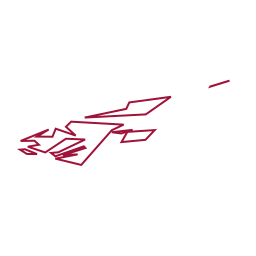 SVG path tracing the border of Svalbard, rotated 346°
{"feature_id": "NOR-901", "entity_name": "Svalbard", "entity_type": "Territory", "adm_level": 1, "iso_a3": "NOR", "parent_name": "Norway", "parent_adm1": "", "projection": "robinson", "projection_center": [18.37, 77.559], "detail": "coarse", "context": "isolated", "style": "outline", "palette": "rose", "viewbox_px": 256, "rotation_deg": 346, "n_neighbors": 0, "source": "natural_earth", "source_scale": "10m", "svg_char_len": 742}
<svg xmlns="http://www.w3.org/2000/svg" viewBox="0 0 256 256"><g transform="rotate(346 128 128)"><path d="M111.8,126.2L73.7,152.5L50.1,140.2L72.8,141.4L58.3,138.6L81.8,137.1L80.7,135.1L50.7,137.9L47.3,133.6L54.5,134.7L83.6,128.8L65.2,123.4L41.8,131.7L26.3,121.9L37.5,122.7L34.1,117.7L20.7,114.6L50.7,110.3L37.6,114.3L52.6,118.2L57.7,111.2L75.4,122.7L68.1,111.8L74.4,108.1L124.6,123.7L111.8,126.2ZM177.2,108.1L148.5,119.1L88.5,107.4L131.0,109.0L135.4,103.5L177.2,108.1ZM153.4,136.5L142.1,143.7L118.3,140.1L126.4,131.6L153.4,136.5ZM120.2,131.7L111.3,128.2L132.0,130.9L120.2,131.7ZM33.4,131.3L23.6,128.7L18.0,122.9L22.9,123.7L33.4,131.3ZM218.0,107.6L238.0,106.6L217.8,107.8L218.0,107.6Z" fill="none" stroke="#9f1239" stroke-width="2"/></g></svg>